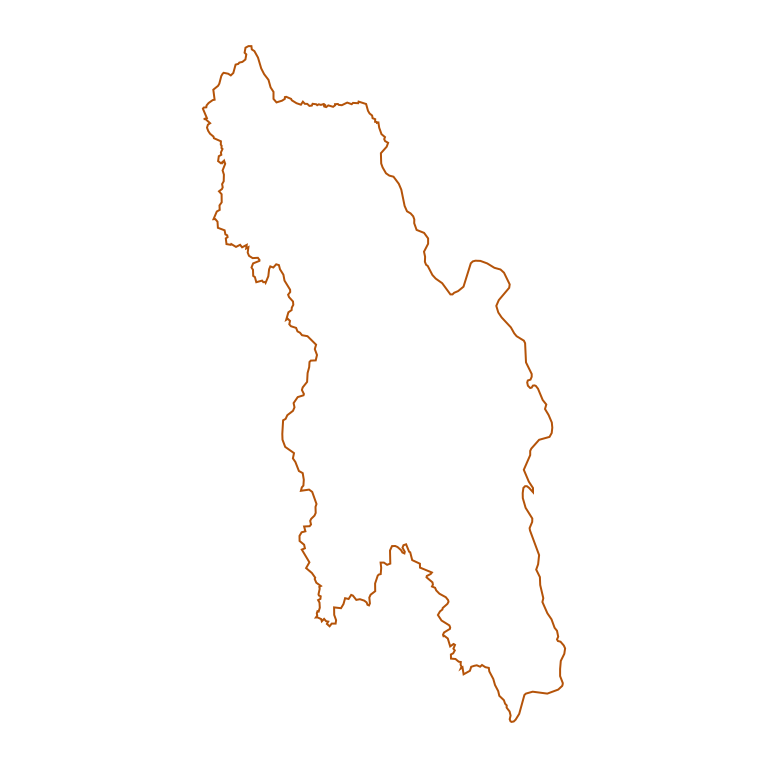 Hpapun, Kayin, Myanmar
{"feature_id": "60261553B97076149795033", "entity_name": "Hpapun", "entity_type": "district", "adm_level": 2, "iso_a3": "MMR", "parent_name": "Myanmar", "parent_adm1": "Kayin", "projection": "orthographic", "projection_center": [97.331, 18.069], "detail": "fine", "context": "isolated", "style": "outline", "palette": "amber", "viewbox_px": 768, "rotation_deg": 0, "n_neighbors": 0, "source": "geoboundaries", "source_scale": "gbopen_adm2", "svg_char_len": 6094}
<svg xmlns="http://www.w3.org/2000/svg" viewBox="0 0 768 768"><path d="M326.9,623.9L329.6,626.3L331.7,623.6L335.6,623.6L336.1,620.2L334.2,614.9L334.1,607.4L341.0,608.2L343.5,604.0L345.1,598.2L348.6,599.0L351.2,594.9L352.9,595.6L356.3,599.9L359.9,599.2L364.2,600.6L366.6,602.4L367.5,604.8L369.0,605.4L369.9,603.4L369.3,597.6L370.6,594.7L375.2,591.2L375.1,583.5L377.7,575.7L378.7,574.6L380.7,574.1L381.2,567.8L380.6,562.6L383.9,562.6L387.1,564.8L390.3,563.6L390.0,550.5L392.0,546.1L395.2,546.0L397.5,547.0L401.1,550.2L402.4,552.5L404.4,553.4L404.8,551.8L402.5,547.7L403.5,545.2L406.1,544.3L409.1,551.7L410.2,552.3L412.2,560.1L419.9,563.7L420.0,567.6L431.9,572.5L430.7,574.0L426.8,576.0L426.5,577.3L432.5,582.4L432.9,584.7L432.0,586.5L435.1,587.8L436.2,590.4L439.4,593.7L445.8,597.2L448.1,600.1L448.5,601.8L447.4,603.9L442.7,608.0L442.4,609.5L440.0,611.4L437.9,615.0L441.5,620.5L449.4,625.4L450.2,627.5L449.9,628.9L444.0,632.5L443.0,634.8L443.5,636.2L444.4,635.9L447.8,638.5L450.2,646.4L453.5,644.0L455.0,644.9L453.4,648.7L454.8,650.4L453.2,653.3L450.9,654.5L451.0,658.6L455.5,659.0L458.7,661.7L460.8,662.0L460.6,664.7L461.5,666.7L460.7,668.6L462.5,667.3L463.6,674.3L469.9,670.8L471.2,666.8L474.3,665.8L476.8,665.3L480.1,666.7L482.0,665.0L485.4,667.2L488.8,667.9L489.3,671.4L493.3,679.0L495.0,685.0L498.2,691.1L499.3,695.8L503.9,700.2L505.1,703.7L506.7,705.4L506.6,707.6L509.6,711.5L510.6,715.6L509.7,719.2L510.5,721.3L511.5,721.9L513.7,721.5L515.6,719.7L519.2,713.9L524.4,695.0L525.9,693.6L532.7,691.7L547.3,693.6L558.2,689.6L562.2,685.9L562.6,684.7L562.8,683.1L560.1,676.1L560.1,669.0L560.8,660.9L564.3,653.8L565.1,648.4L563.8,645.5L560.5,641.7L557.9,641.0L557.0,639.4L558.2,636.7L557.0,630.8L554.6,627.8L551.5,619.3L547.4,613.3L542.4,602.0L543.3,598.2L540.2,585.0L539.9,577.1L536.2,569.6L538.1,564.3L539.1,555.1L530.0,530.5L529.6,528.1L532.2,521.9L532.3,518.5L525.6,507.8L522.8,498.1L522.7,493.1L523.4,487.9L525.1,486.2L526.9,486.2L529.0,487.8L533.0,492.2L533.0,488.0L528.8,481.6L523.8,469.8L530.2,455.1L530.2,450.9L531.3,448.6L539.1,439.8L549.5,436.9L551.7,433.0L552.3,427.7L551.8,422.5L548.6,415.0L545.0,409.0L546.3,404.5L542.7,400.0L538.0,388.7L535.8,385.9L534.5,385.4L532.9,385.6L531.7,387.6L530.2,388.0L527.9,385.7L527.2,382.5L527.8,380.5L530.5,379.6L531.7,376.8L531.7,374.0L526.0,362.4L525.1,343.2L523.9,340.7L516.6,336.2L514.2,333.3L510.9,327.4L501.6,317.4L498.3,312.5L496.3,305.9L498.8,300.1L509.2,287.8L509.7,284.4L504.0,272.7L500.5,269.5L494.4,267.8L487.2,263.4L480.4,260.9L475.4,260.7L472.8,261.4L470.8,263.3L463.5,286.7L458.1,291.1L454.1,292.8L452.5,294.4L450.4,294.4L442.2,283.2L435.7,278.6L432.4,275.0L427.7,265.9L426.1,264.8L424.9,261.8L425.1,256.8L424.0,251.7L428.1,243.8L428.1,238.4L424.1,232.9L416.6,229.9L414.2,223.2L414.3,219.4L413.2,216.3L410.6,213.4L407.0,211.3L404.6,205.9L401.3,189.7L398.8,183.8L393.5,176.7L389.3,175.6L386.0,173.3L382.6,167.4L381.2,163.5L380.9,153.2L386.7,146.7L388.1,142.8L385.1,141.1L384.2,139.1L385.0,137.1L381.5,134.2L379.2,127.7L378.4,122.5L376.9,122.9L376.7,122.0L375.1,121.8L375.2,119.2L372.6,118.2L372.1,115.5L369.6,113.5L368.0,110.8L366.1,104.0L358.6,101.6L358.2,103.2L353.0,102.9L351.7,104.2L347.2,102.6L341.8,105.2L338.8,104.9L337.9,104.0L335.0,104.2L335.1,105.3L333.1,106.8L328.3,105.4L326.2,107.1L324.2,106.5L323.9,105.4L325.1,105.7L325.2,105.1L323.8,104.0L320.9,104.9L318.8,104.3L317.2,105.2L316.3,104.3L312.6,103.8L311.8,105.6L309.4,105.9L307.3,103.9L304.8,103.8L302.9,101.7L300.9,104.7L296.5,103.2L291.8,100.3L291.1,98.9L286.2,96.8L284.9,97.1L284.8,98.9L282.0,100.7L276.5,102.4L273.5,98.9L273.5,91.9L270.6,87.4L268.5,79.9L264.1,74.1L261.2,68.4L258.0,57.6L254.4,51.1L251.8,49.4L251.4,46.1L248.5,46.1L245.5,47.7L244.6,52.7L246.3,54.4L245.4,59.5L242.4,61.9L239.3,62.6L238.3,63.9L235.6,64.6L233.3,73.0L230.8,75.4L228.1,73.7L223.6,72.8L222.6,73.8L221.3,76.0L219.3,83.7L218.1,85.8L213.3,89.7L214.6,99.7L212.7,100.1L208.6,103.0L206.6,105.4L206.3,107.3L203.7,107.6L202.9,108.7L206.9,118.1L203.7,119.1L205.5,119.1L210.1,123.2L207.9,124.7L207.0,127.7L208.3,131.1L210.1,133.8L213.5,136.6L213.9,138.2L220.9,141.3L220.8,144.7L221.6,145.7L221.5,148.0L222.5,149.0L220.9,152.5L221.3,154.8L218.8,156.2L218.1,161.1L221.0,163.3L222.6,161.9L222.8,162.5L224.1,160.7L225.2,163.8L222.6,170.4L223.9,174.6L223.7,181.3L222.1,184.1L222.7,187.3L222.0,189.0L219.0,191.3L221.6,194.2L221.7,202.3L219.5,205.4L219.7,209.9L216.8,211.5L213.5,219.2L215.3,219.1L217.5,221.7L217.9,227.8L224.6,230.3L225.4,234.4L227.2,235.3L227.6,237.1L225.8,238.4L226.5,244.1L230.7,244.8L231.2,244.0L236.0,246.9L240.1,244.8L242.1,247.3L246.7,244.9L246.2,248.4L248.4,247.2L247.7,252.6L249.0,255.8L252.6,258.1L257.9,257.8L259.5,260.0L259.4,260.9L253.1,263.4L251.5,267.5L253.0,269.8L253.2,275.9L254.9,277.1L256.3,282.2L262.1,280.6L263.3,282.2L265.2,282.0L265.6,282.8L268.3,276.3L269.1,269.3L270.3,266.4L273.3,267.5L276.2,264.3L278.9,265.1L280.0,269.3L283.4,274.7L284.5,280.6L290.1,289.7L290.2,292.0L288.1,294.7L289.1,297.2L293.0,301.5L293.3,304.8L291.8,307.6L291.6,310.1L288.4,312.3L286.2,319.8L287.8,318.8L290.0,320.9L289.3,324.3L290.9,326.2L296.1,327.9L297.5,331.4L300.0,332.7L302.0,335.2L307.5,336.2L316.1,344.7L314.8,349.1L317.0,355.0L315.7,360.4L310.8,360.6L309.5,362.0L309.2,367.1L307.6,373.0L307.1,381.9L302.7,387.4L301.9,390.0L303.9,394.0L303.5,395.3L297.7,397.1L293.6,403.1L294.5,407.3L293.0,410.8L287.3,415.2L285.6,418.9L283.1,420.3L282.3,433.9L282.5,439.7L285.2,446.9L294.0,453.1L292.9,458.4L295.4,462.0L298.9,471.0L302.7,473.1L303.8,479.8L303.4,485.6L301.8,487.4L300.9,490.8L309.1,489.6L312.2,491.9L316.5,504.0L315.5,506.9L315.7,512.9L314.5,515.6L311.2,518.8L310.2,520.9L311.0,524.5L309.6,526.2L304.1,526.5L305.4,531.3L301.6,532.3L299.5,535.9L299.6,541.0L304.1,544.7L304.9,548.3L301.8,549.6L309.4,562.3L306.1,568.1L311.9,573.0L315.2,577.7L314.7,579.0L316.3,582.7L320.9,586.0L319.3,586.9L319.7,588.8L318.5,594.3L318.9,595.5L320.7,596.3L320.4,598.9L318.1,600.1L319.5,602.6L319.8,607.7L318.6,611.6L317.5,611.2L316.8,613.2L317.2,615.6L315.9,617.5L317.5,617.4L321.2,619.1L321.8,621.3L324.1,618.9L326.1,621.2L328.2,621.6L326.9,623.9Z" fill="none" stroke="#b45309" stroke-width="2"/></svg>